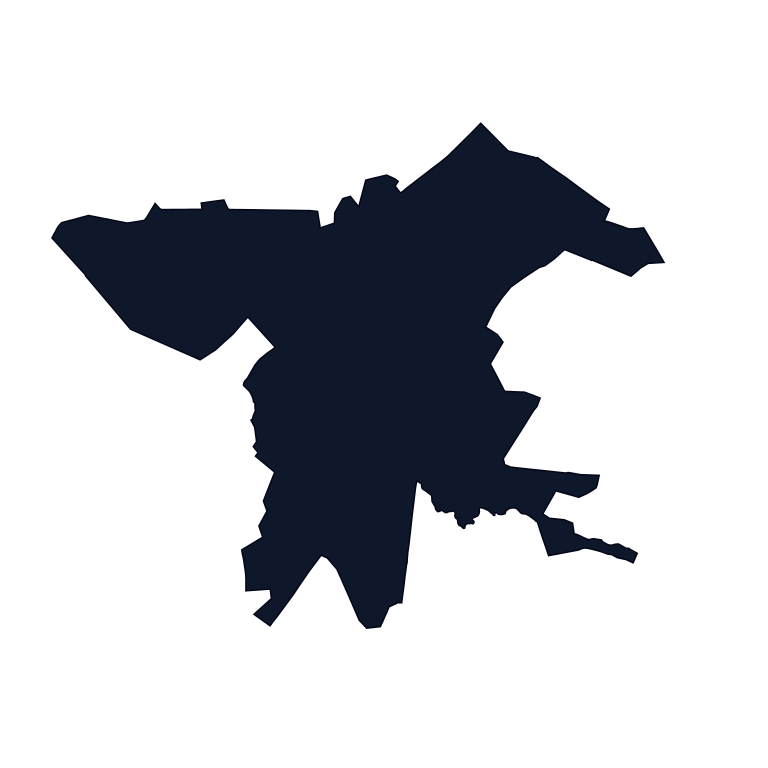 Valka, Valkas, Latvia, rotated 169°
{"feature_id": "27541924B34676349154335", "entity_name": "Valka", "entity_type": "district", "adm_level": 2, "iso_a3": "LVA", "parent_name": "Latvia", "parent_adm1": "Valkas", "projection": "orthographic", "projection_center": [25.998, 57.777], "detail": "fine", "context": "isolated", "style": "filled", "palette": "ink", "viewbox_px": 768, "rotation_deg": 169, "n_neighbors": 0, "source": "geoboundaries", "source_scale": "gbopen_adm2", "svg_char_len": 5903}
<svg xmlns="http://www.w3.org/2000/svg" viewBox="0 0 768 768"><g transform="rotate(169 384 384)"><path d="M656.4,547.2L622.3,486.1L559.9,442.8L542.8,449.7L535.6,454.1L522.6,461.9L517.8,465.7L512.2,470.1L504.9,475.7L501.5,470.1L486.8,445.8L483.8,440.9L487.7,438.8L492.2,436.9L501.0,432.2L502.9,430.7L507.5,426.8L508.7,425.3L512.1,421.4L515.5,417.4L517.3,415.5L519.9,413.7L521.3,411.9L521.8,410.7L522.2,409.6L522.0,409.1L517.8,403.0L516.6,400.3L515.8,396.9L515.3,393.1L515.6,392.0L514.6,389.8L514.4,389.1L514.7,387.8L515.1,385.6L515.4,382.3L516.7,380.4L519.0,376.7L519.5,375.0L519.9,374.7L521.5,374.0L521.4,373.6L520.2,369.6L519.2,366.1L520.1,351.7L524.3,347.5L520.7,340.6L524.0,337.7L518.8,331.4L508.1,318.3L511.9,312.4L524.7,292.2L523.1,281.6L533.9,268.5L532.3,256.8L555.4,248.3L555.4,244.0L555.3,239.0L555.6,232.6L555.9,225.7L556.6,219.6L559.0,207.3L558.4,207.3L534.8,204.4L535.5,194.8L555.6,182.7L542.4,168.8L541.9,168.4L538.7,171.5L533.1,176.3L512.8,195.0L507.5,200.4L502.9,205.0L493.3,214.4L478.4,227.9L472.9,224.1L465.6,211.3L462.9,199.8L457.9,177.4L453.4,156.8L447.6,147.6L442.4,147.2L438.9,146.9L436.1,146.7L433.8,146.5L432.8,148.1L432.6,148.4L431.1,150.3L429.9,152.1L428.8,153.7L427.6,155.5L426.2,157.4L425.1,158.9L424.0,160.5L423.0,162.1L421.6,164.3L416.2,165.6L410.8,166.9L410.4,166.1L409.7,166.2L408.8,166.0L408.4,165.8L406.0,173.1L405.0,176.1L404.3,178.1L403.8,179.8L403.5,180.7L403.2,181.4L402.8,182.7L402.7,182.8L402.7,183.1L402.1,184.7L401.4,187.0L400.7,189.3L400.1,191.2L399.5,193.0L398.8,194.9L398.2,196.8L397.6,198.6L397.5,198.8L396.9,200.6L396.3,202.5L396.1,203.7L395.7,203.5L395.2,205.0L394.8,206.7L394.3,208.6L393.8,210.5L393.2,212.5L392.7,214.3L392.1,216.1L391.4,218.0L390.8,219.8L390.7,220.2L389.3,224.2L388.8,226.0L386.6,233.0L384.0,241.4L382.8,245.2L380.7,251.9L379.3,256.2L377.9,260.4L374.6,270.7L373.0,275.7L370.6,282.1L370.4,282.4L368.8,281.2L366.5,279.1L366.2,278.5L366.6,276.5L366.5,274.3L365.3,272.7L364.7,272.4L358.8,265.8L358.6,265.0L359.0,260.8L359.3,259.8L357.7,254.9L357.4,255.0L357.1,254.4L357.3,252.3L356.9,250.4L355.7,248.5L354.2,248.3L351.8,249.0L351.3,248.8L350.6,248.3L348.6,246.2L346.8,245.7L345.4,246.3L341.7,246.1L339.9,246.1L339.3,245.1L339.0,244.8L338.7,244.3L338.7,243.8L338.8,243.2L339.0,242.7L339.4,241.9L339.7,240.4L339.2,238.6L338.0,237.3L337.9,236.5L337.8,236.0L337.8,235.0L337.9,234.0L338.0,233.2L337.7,231.9L337.5,231.3L336.7,230.5L335.8,230.0L335.5,229.7L335.0,229.0L334.5,228.4L333.9,227.4L333.1,227.0L332.4,227.1L332.2,227.3L331.8,228.5L331.3,229.7L330.4,230.3L329.4,230.8L328.3,231.1L328.0,231.1L326.7,230.5L325.7,230.5L324.7,230.6L324.3,230.3L323.8,230.0L323.4,229.8L323.1,229.9L322.5,230.2L322.3,230.6L321.9,231.7L322.2,232.5L322.9,233.1L323.3,233.5L323.4,233.9L323.0,234.8L322.6,235.4L322.4,235.5L321.5,235.6L320.3,235.9L319.7,236.0L317.7,236.5L316.8,237.0L315.8,238.1L315.3,239.0L314.7,240.4L314.6,241.7L314.4,243.1L314.2,243.5L313.7,244.0L313.3,244.1L312.5,244.1L311.3,243.6L310.5,243.2L307.2,241.1L305.9,240.0L304.9,239.0L304.6,238.5L303.7,237.2L302.8,236.4L302.4,235.7L302.0,235.1L301.7,234.5L301.5,234.2L301.0,233.9L300.3,234.0L300.3,234.6L300.2,235.1L299.9,235.7L299.4,236.2L298.5,236.4L298.2,236.3L297.8,235.9L297.1,234.9L296.8,234.6L296.2,234.2L295.6,234.0L293.8,233.4L292.0,233.4L289.9,233.6L288.5,236.1L287.9,236.6L284.3,237.9L282.6,238.0L280.3,237.6L278.2,236.9L277.1,235.8L274.7,231.9L273.7,230.6L269.5,229.2L268.8,228.7L267.1,227.3L262.2,222.1L260.9,220.1L259.7,219.3L259.7,218.5L259.3,215.5L258.5,208.5L257.2,199.0L257.0,197.7L256.5,194.1L256.3,192.8L256.2,192.0L255.2,184.1L246.0,184.0L240.3,184.0L238.9,184.0L224.8,183.9L220.6,184.8L217.9,184.7L214.0,183.3L206.8,180.0L203.7,178.4L201.0,176.9L196.8,174.3L193.2,173.2L188.1,169.0L179.8,165.4L173.6,160.9L167.7,169.5L174.5,175.2L175.1,176.0L177.7,176.6L182.2,180.4L184.5,182.3L187.4,182.6L191.3,182.3L194.7,183.4L199.3,187.2L200.5,189.6L204.2,190.8L207.7,192.2L211.7,192.2L213.4,192.4L217.2,195.0L221.1,198.0L224.0,199.9L225.8,200.6L225.9,201.1L225.5,209.8L225.4,211.4L233.1,216.4L247.4,220.7L249.5,222.9L253.0,226.2L235.7,246.3L214.3,235.6L205.4,237.8L200.1,239.7L195.7,241.6L194.6,243.3L193.9,244.5L193.6,245.3L190.2,253.3L201.5,255.9L208.3,257.5L215.8,260.4L220.1,262.0L222.5,261.9L269.0,276.2L274.3,277.9L275.6,278.3L281.0,281.9L281.1,286.6L281.6,287.4L280.0,289.2L270.1,299.7L259.6,310.8L242.5,329.1L241.6,329.9L238.1,332.8L233.4,340.4L240.5,344.9L247.6,349.2L253.3,350.5L267.0,353.8L270.2,364.9L275.8,383.6L268.7,391.6L259.2,402.4L263.3,410.8L273.3,420.5L261.0,437.0L251.4,446.4L240.9,455.1L227.4,461.3L209.4,468.8L203.5,469.4L193.3,474.2L181.1,481.5L156.4,465.6L155.8,465.8L121.0,442.7L114.2,446.5L110.1,448.9L101.7,452.0L85.9,449.9L89.6,460.7L98.7,486.0L99.3,487.7L102.2,488.0L105.3,488.2L107.5,488.5L110.4,488.8L112.3,489.2L114.1,489.7L115.9,490.5L118.6,492.3L123.0,494.8L125.9,496.5L131.4,499.7L133.7,500.8L135.8,501.8L136.6,502.1L129.4,512.7L139.6,523.0L155.8,540.5L165.7,551.4L173.1,558.9L176.9,562.8L178.8,564.8L180.5,566.6L181.9,568.1L182.4,568.7L187.4,574.1L188.0,574.6L189.9,576.9L190.3,576.9L192.9,577.0L192.9,577.8L217.7,589.1L234.1,613.7L237.7,619.1L239.3,621.5L250.5,613.7L277.4,595.8L282.1,593.2L286.2,591.0L294.8,586.8L310.2,579.1L325.7,571.3L327.2,570.3L331.3,568.3L331.9,569.4L335.3,576.1L331.4,580.2L334.3,583.4L341.6,588.6L356.0,588.0L363.0,587.6L375.0,562.8L381.2,574.6L389.1,573.9L399.7,561.5L402.0,551.4L417.3,549.3L416.8,550.0L416.3,566.1L417.9,566.6L424.2,568.5L425.3,568.7L433.4,570.4L458.4,575.6L493.8,583.0L501.3,584.5L503.5,585.2L504.1,587.4L505.3,591.9L506.0,595.2L512.1,595.6L521.0,596.1L528.9,596.5L529.2,590.5L529.3,590.2L542.5,592.7L546.1,593.3L552.7,594.6L563.9,596.7L569.2,597.7L570.1,598.3L571.2,599.9L574.3,604.9L574.5,604.6L584.7,593.3L587.9,590.4L593.5,590.5L604.7,590.9L606.2,591.3L641.8,605.8L660.3,604.5L669.6,603.9L673.8,600.8L682.1,590.7L656.0,547.7L656.4,547.2Z" fill="#0f172a" stroke="#020617" stroke-width="1.5"/></g></svg>